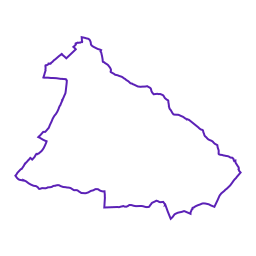 Bolbosi, Gorj, Romania (Equal Earth projection)
{"feature_id": "2599482B55979442092240", "entity_name": "Bolbosi", "entity_type": "district", "adm_level": 2, "iso_a3": "ROU", "parent_name": "Romania", "parent_adm1": "Gorj", "projection": "equal_earth", "projection_center": [23.209, 44.74], "detail": "fine", "context": "isolated", "style": "outline", "palette": "violet", "viewbox_px": 256, "rotation_deg": 0, "n_neighbors": 0, "source": "geoboundaries", "source_scale": "gbopen_adm2", "svg_char_len": 5611}
<svg xmlns="http://www.w3.org/2000/svg" viewBox="0 0 256 256"><path d="M198.5,127.5L188.9,119.8L188.6,119.8L187.4,119.2L186.7,119.5L185.9,118.7L185.0,118.3L184.0,117.5L183.0,116.8L181.3,116.1L178.5,114.8L174.2,114.6L173.4,114.3L172.4,113.0L171.1,110.7L170.8,110.3L170.5,109.7L169.9,109.2L169.4,108.2L169.2,107.2L168.9,106.6L168.9,105.3L168.8,104.9L168.6,103.3L168.4,102.7L168.3,100.8L167.8,100.1L166.8,99.7L164.9,98.1L163.8,96.3L163.5,95.7L163.3,95.5L162.8,95.1L161.2,94.4L160.1,94.0L158.5,94.1L157.3,93.8L154.0,94.2L153.8,94.3L153.6,94.2L153.3,93.9L153.0,93.4L152.2,92.6L151.6,91.4L151.4,91.0L151.0,89.1L150.5,88.2L149.7,87.6L148.0,86.7L147.3,86.2L147.1,86.2L145.5,86.5L144.0,86.6L142.6,86.6L140.6,86.8L137.9,86.5L135.6,85.4L134.2,84.7L132.9,84.2L132.5,84.0L132.1,83.6L130.5,83.3L128.4,81.3L126.1,79.9L125.2,79.0L123.9,78.3L122.9,77.5L122.2,77.0L121.0,76.5L119.3,76.0L117.7,75.3L116.9,75.1L115.2,74.8L113.9,73.8L110.8,72.1L110.6,71.8L110.6,71.6L111.0,70.0L110.7,69.0L110.0,67.6L108.6,65.8L108.2,65.2L107.2,64.4L104.8,62.9L104.3,62.3L103.1,62.0L102.8,61.5L102.7,60.8L102.6,59.3L102.0,55.9L101.5,53.9L101.4,53.1L101.0,52.1L100.5,51.5L100.6,51.1L101.1,50.1L100.0,49.6L98.1,49.1L96.8,48.5L93.3,46.7L92.0,45.8L91.4,45.1L91.0,44.6L90.8,43.2L90.7,42.3L90.4,41.4L89.8,40.1L89.4,39.6L89.1,39.4L88.5,38.9L88.0,38.7L86.5,38.4L85.0,37.9L82.8,37.4L82.1,37.3L81.7,37.2L81.9,40.2L82.2,41.6L82.1,42.0L81.6,41.9L80.4,42.6L79.6,42.6L78.4,42.8L77.7,42.6L77.4,42.7L77.0,43.0L76.3,43.1L76.1,43.2L75.8,43.4L75.6,43.5L75.6,43.8L76.0,44.0L75.8,44.6L75.0,45.5L73.4,46.9L74.2,47.6L75.7,49.1L75.8,49.3L66.3,58.3L64.3,56.4L63.9,56.1L62.8,55.2L62.1,54.3L61.7,54.5L61.5,54.1L59.8,55.5L59.1,56.0L55.2,59.4L54.1,60.1L52.3,62.0L51.1,62.8L51.0,63.0L50.9,63.4L50.5,63.7L50.2,63.8L49.7,63.6L49.3,63.8L48.8,63.5L48.7,63.5L48.7,63.8L48.4,64.2L48.1,64.3L47.8,64.6L47.2,64.9L46.8,65.2L45.8,65.2L45.5,65.4L45.4,66.2L45.5,66.7L45.6,68.3L45.4,69.7L45.6,70.3L44.7,73.2L44.4,74.4L43.4,77.5L44.2,77.7L48.2,77.7L50.2,77.9L50.7,78.0L52.9,78.0L56.5,78.2L60.9,78.9L62.5,78.9L62.7,79.0L65.3,79.1L66.2,79.4L66.4,79.8L66.4,80.2L66.5,80.4L66.8,80.6L66.7,82.7L66.0,88.8L65.7,91.4L65.5,92.6L65.4,93.3L64.9,94.4L64.1,96.1L63.6,97.4L62.6,99.4L62.2,99.9L62.5,100.1L60.9,103.6L60.4,105.1L59.7,106.0L58.8,108.0L58.8,108.4L57.3,111.7L55.9,114.0L54.6,115.5L54.0,116.4L52.7,118.7L51.6,121.4L49.8,125.2L49.2,126.8L48.6,128.1L48.3,128.5L48.0,128.6L47.0,129.9L45.2,131.9L43.2,131.9L40.4,135.1L39.6,135.9L38.7,136.6L38.3,137.1L39.9,137.8L40.5,138.2L43.0,139.7L45.3,140.8L46.6,141.2L46.6,141.4L46.0,143.1L44.9,145.6L43.6,148.2L42.6,149.7L41.5,151.1L39.0,153.2L38.6,153.6L37.6,153.8L37.2,154.2L36.4,153.9L36.0,154.5L35.6,155.0L34.6,156.9L34.0,157.6L32.2,159.6L31.9,159.4L30.9,158.3L30.3,157.9L28.9,159.7L28.6,159.8L27.0,161.7L25.9,162.8L25.1,163.8L24.9,163.7L24.2,165.0L23.8,165.8L21.6,169.0L20.8,169.2L17.7,172.5L17.2,173.1L16.5,174.4L15.4,175.7L17.0,177.9L18.0,178.9L19.0,179.6L20.0,179.9L21.8,180.2L22.9,180.5L23.7,180.6L23.6,180.2L24.5,180.6L26.3,181.5L26.9,182.0L27.7,182.6L28.6,183.3L30.7,184.5L33.4,185.7L34.4,185.9L35.4,186.0L36.2,186.2L37.7,187.2L38.0,187.5L38.8,188.7L39.3,188.9L40.1,188.8L42.1,188.1L45.5,188.3L47.1,187.8L47.7,187.4L50.4,187.2L51.8,186.9L52.5,186.4L53.3,186.0L54.2,185.8L55.2,185.8L56.3,185.3L57.0,185.3L57.9,185.1L59.2,185.3L60.6,186.1L63.2,187.0L65.6,187.2L67.0,187.5L68.7,187.6L70.1,187.9L70.7,188.1L71.6,188.7L72.7,189.4L73.8,190.1L74.3,190.2L75.9,190.1L77.0,190.2L77.2,190.3L78.0,190.7L79.1,191.6L80.0,192.1L80.9,192.7L81.3,193.0L81.5,193.0L83.4,193.1L84.3,193.2L85.8,193.2L88.3,192.4L89.3,191.8L90.9,190.9L91.7,190.7L93.3,190.3L95.3,189.2L95.9,189.1L97.9,189.2L98.5,189.5L99.5,190.3L100.8,190.9L102.6,191.4L103.0,191.4L104.5,191.3L104.6,192.8L104.8,194.5L104.8,197.0L104.9,197.7L104.3,207.5L117.4,207.0L119.0,207.2L121.3,206.5L122.3,206.4L123.2,206.0L124.6,206.6L126.4,206.7L128.1,205.9L128.6,205.5L129.4,205.0L129.7,205.0L131.5,205.1L133.8,205.8L135.6,206.1L137.6,206.1L140.3,206.0L141.5,206.0L142.9,206.2L145.3,206.9L146.4,207.1L148.3,207.0L149.0,206.8L149.2,206.7L150.3,205.0L151.1,204.2L151.4,203.5L152.1,202.8L154.7,201.6L156.4,200.7L158.2,201.3L159.3,202.0L160.3,202.2L163.2,201.9L165.1,204.5L165.0,204.9L165.3,204.7L167.7,211.4L170.7,218.8L171.9,217.7L172.6,217.0L174.2,214.8L174.6,214.3L175.5,213.8L177.6,212.8L179.2,212.4L181.7,211.9L184.0,211.1L184.5,211.2L190.5,213.8L190.6,212.2L191.2,211.0L191.8,209.4L192.0,209.2L192.4,209.1L192.4,208.7L192.5,208.4L192.6,207.8L193.8,207.5L194.5,206.9L196.3,205.9L197.5,205.4L198.4,205.0L199.5,204.7L202.3,203.5L203.3,203.4L203.8,203.4L205.2,203.5L208.4,204.2L209.2,204.5L210.6,205.3L214.4,206.8L217.6,200.1L219.5,195.8L219.9,195.1L220.5,194.5L220.9,193.8L221.5,193.2L224.3,190.9L225.5,189.6L226.3,189.1L227.0,188.5L230.2,185.4L232.2,182.7L233.1,181.4L233.5,180.8L234.7,179.3L235.9,178.2L236.9,176.8L238.3,175.2L238.8,174.6L240.6,172.5L239.1,170.8L238.9,170.1L238.5,169.3L238.8,169.0L238.8,168.9L238.8,168.4L238.6,167.3L237.2,165.3L236.9,164.7L235.9,163.3L235.7,162.8L235.5,162.3L235.4,161.7L235.4,160.5L235.0,160.6L234.8,161.0L234.2,161.1L233.6,159.7L233.4,158.8L232.8,158.2L232.2,157.7L230.6,157.6L230.3,157.5L229.1,156.7L227.9,156.2L225.3,155.8L224.8,155.6L223.8,155.5L221.8,154.9L220.4,154.8L219.0,154.3L218.7,154.0L218.6,153.6L218.7,150.9L218.6,150.2L218.0,148.4L217.7,147.5L217.3,145.1L214.7,143.7L213.2,142.2L212.9,141.7L211.9,141.0L211.3,140.7L209.8,140.1L208.5,139.5L207.4,138.6L206.5,137.5L204.9,136.1L204.5,135.3L204.3,135.0L204.0,133.7L203.4,132.4L203.1,130.9L202.9,130.3L202.1,129.8L200.9,129.5L200.0,128.9L198.9,128.0L198.5,127.5Z" fill="none" stroke="#5b21b6" stroke-width="2"/></svg>